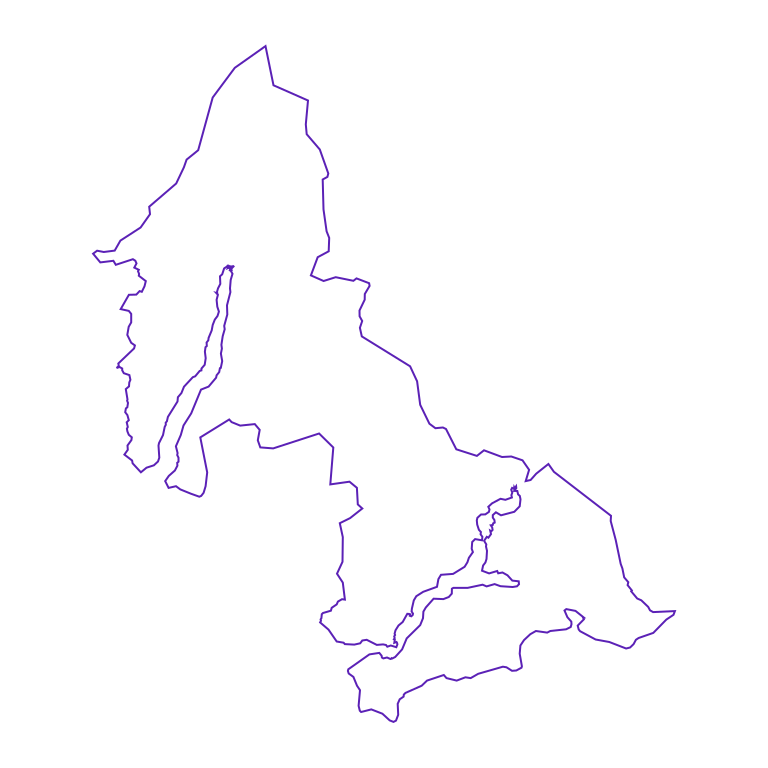 outline of Sogndal nor, Sogn og Fjordane, Norway
{"feature_id": "86288312B91120351294699", "entity_name": "Sogndal nor", "entity_type": "district", "adm_level": 2, "iso_a3": "NOR", "parent_name": "Norway", "parent_adm1": "Sogn og Fjordane", "projection": "mercator", "projection_center": [6.969, 61.338], "detail": "fine", "context": "isolated", "style": "outline", "palette": "violet", "viewbox_px": 768, "rotation_deg": 0, "n_neighbors": 0, "source": "geoboundaries", "source_scale": "gbopen_adm2", "svg_char_len": 6109}
<svg xmlns="http://www.w3.org/2000/svg" viewBox="0 0 768 768"><path d="M674.9,611.1L653.1,612.1L650.0,610.3L648.2,606.9L641.3,600.3L637.2,598.5L631.2,591.3L631.9,590.5L627.6,585.1L628.3,582.2L624.2,577.4L622.4,568.5L620.7,563.9L615.7,539.9L610.7,521.0L611.0,515.8L553.9,471.8L548.4,464.0L536.2,473.7L530.6,480.0L525.7,481.1L529.1,469.8L522.5,460.3L511.3,456.5L502.0,457.0L484.0,450.3L476.9,455.9L456.3,449.3L446.0,429.0L442.9,427.5L435.4,428.2L429.4,423.7L420.2,404.8L417.1,381.3L410.1,366.3L361.8,336.4L359.9,327.8L362.2,321.0L359.6,316.3L359.5,310.5L364.7,299.7L364.8,294.0L369.6,285.9L369.1,283.2L356.5,278.4L353.4,280.8L335.7,277.2L323.6,281.0L310.9,275.4L317.7,257.2L328.7,251.3L329.2,237.9L326.6,231.3L323.5,209.4L322.7,179.5L327.4,176.9L328.3,173.5L319.8,149.5L306.7,134.2L305.8,124.4L308.0,100.5L273.5,85.3L265.5,46.1L234.8,67.8L212.7,97.5L198.2,150.2L186.6,159.6L183.9,167.3L176.2,183.5L149.2,206.7L150.0,214.2L140.6,227.5L120.4,240.6L114.7,250.6L103.8,252.0L97.1,250.7L93.1,253.7L100.3,262.4L113.4,260.8L115.8,264.8L132.9,259.2L135.3,260.7L136.5,263.4L134.3,267.6L138.8,269.8L138.0,271.2L139.1,273.9L138.8,275.7L145.8,281.1L144.5,286.3L141.8,291.8L139.6,291.1L136.3,294.6L128.9,294.8L120.7,309.1L128.8,310.9L131.2,313.9L131.2,322.4L128.7,326.8L127.3,334.9L131.2,342.8L134.9,345.4L134.1,348.4L118.3,363.5L118.8,365.8L116.6,368.0L119.6,367.0L122.2,368.5L122.2,370.3L123.8,373.2L129.4,375.1L130.4,379.8L129.3,382.4L129.0,386.4L125.8,389.1L127.5,399.5L127.1,400.7L128.0,402.9L127.3,407.3L125.9,408.4L125.2,412.2L127.4,415.1L128.8,420.2L126.7,422.3L127.8,427.0L126.9,428.7L127.4,431.4L128.8,434.8L131.8,437.3L131.4,440.1L127.5,445.5L127.8,449.8L124.4,454.6L132.1,460.5L132.6,463.3L140.9,472.3L146.5,467.7L153.9,465.3L158.0,461.5L159.3,457.7L158.5,445.6L159.0,443.1L163.0,435.1L164.7,426.9L165.8,424.8L165.7,422.7L166.9,421.3L167.9,416.9L177.5,401.5L177.9,397.2L181.4,393.1L184.0,386.7L192.8,377.2L195.2,376.3L199.7,370.9L201.4,370.4L201.5,368.5L204.7,364.8L205.7,358.2L204.9,351.7L205.5,347.2L206.8,346.0L206.6,342.5L208.3,340.3L208.6,337.9L211.7,330.4L212.7,325.0L214.8,319.6L217.5,316.0L218.9,311.6L217.3,306.7L216.6,299.8L217.9,294.8L216.3,293.0L217.3,293.3L217.0,291.9L218.0,288.4L220.3,283.9L220.0,276.3L222.2,274.3L224.1,268.5L227.9,265.9L227.5,264.7L228.0,265.8L227.6,266.3L228.4,266.0L226.9,266.8L228.2,267.0L227.7,268.4L229.9,265.4L229.1,266.9L229.9,266.9L230.0,266.3L230.8,266.1L229.8,267.0L228.6,267.2L228.1,268.0L230.0,267.2L228.8,268.8L231.6,266.5L232.2,266.7L229.8,268.6L230.3,269.6L229.3,271.1L232.5,266.9L234.2,265.8L232.3,267.7L229.7,271.1L231.4,269.2L231.7,270.4L231.0,271.1L232.5,273.8L230.7,279.9L230.0,288.4L230.4,292.1L227.0,305.3L227.3,314.5L224.2,325.9L224.7,329.2L222.7,336.2L221.4,344.8L221.9,348.6L220.9,353.6L222.2,361.1L220.8,367.9L219.9,368.2L219.2,372.1L216.6,375.3L216.1,377.7L208.6,386.6L201.0,389.6L191.2,413.4L183.5,425.5L180.8,435.0L175.9,446.3L177.6,453.1L177.2,455.0L178.5,457.7L178.5,461.7L177.2,462.8L177.4,465.7L174.9,470.5L168.8,475.9L165.2,481.1L168.6,487.9L176.0,486.2L180.3,489.4L190.9,493.7L199.3,496.7L201.2,495.9L203.6,492.8L205.6,486.2L207.2,472.4L200.3,437.4L229.2,419.5L231.6,422.1L240.2,425.6L254.8,424.1L259.7,429.9L257.8,440.3L260.3,447.4L273.2,448.4L319.1,433.5L333.3,447.5L330.3,484.4L349.5,481.7L356.9,487.8L357.8,504.4L362.3,508.5L350.1,518.1L339.8,523.2L342.8,537.1L342.5,561.8L337.0,573.7L342.8,582.6L344.9,599.6L342.0,599.2L337.9,601.6L336.7,604.4L331.7,607.8L330.9,610.7L323.0,613.0L321.8,614.2L321.4,618.2L320.6,619.4L321.0,620.8L320.1,622.4L328.5,629.6L336.7,641.5L343.6,642.7L344.8,644.1L354.3,644.6L360.2,643.3L362.3,640.5L366.7,639.8L376.8,644.9L383.1,644.4L386.0,645.0L387.3,646.7L390.8,645.5L396.3,647.2L397.4,644.4L397.1,643.0L396.5,642.0L394.3,642.8L394.8,639.8L393.9,639.3L394.7,638.1L394.2,636.4L395.1,635.0L394.6,633.7L395.5,630.3L398.5,625.5L402.7,622.0L407.3,613.8L409.7,614.0L408.5,614.2L410.1,614.3L409.8,615.8L411.3,616.3L412.7,615.0L413.0,613.7L411.6,611.4L411.9,608.6L413.8,600.4L416.3,596.2L423.2,591.8L437.0,586.8L438.4,579.1L441.0,574.8L453.1,573.9L464.6,566.8L467.4,562.3L468.9,557.8L472.9,552.1L471.7,548.8L472.2,542.0L475.1,539.1L482.0,540.3L482.4,536.8L480.6,534.3L480.9,532.0L478.9,529.8L477.2,524.6L476.8,520.3L477.4,517.8L481.0,514.5L485.3,514.4L488.9,511.9L489.5,509.4L488.3,506.8L492.1,503.3L500.5,498.8L505.4,499.8L511.9,497.5L511.4,495.1L512.3,492.7L511.2,489.7L512.1,487.9L514.0,488.9L514.2,487.3L514.7,488.3L516.1,486.3L516.3,488.1L514.2,490.9L517.3,491.0L518.1,494.4L519.8,495.9L520.5,499.3L519.7,506.3L514.3,511.8L501.0,515.3L495.9,512.3L492.8,515.1L492.8,517.6L494.4,520.0L494.7,522.6L493.2,523.3L492.7,525.0L490.8,525.3L492.2,527.4L492.6,529.9L491.3,531.3L490.2,530.6L491.0,534.1L488.4,537.7L486.8,536.8L484.1,540.8L486.3,544.4L486.0,546.5L487.0,550.8L486.5,559.0L485.4,562.5L483.1,565.5L482.0,570.7L489.1,573.4L497.2,571.0L498.2,573.3L502.5,572.5L507.5,575.3L512.3,580.6L518.7,581.3L519.0,584.2L517.0,586.3L512.7,587.0L500.5,586.2L494.6,584.1L486.6,586.4L482.6,584.7L467.5,587.9L453.3,587.9L451.9,588.7L451.8,593.6L448.8,597.0L443.4,599.1L433.6,598.7L425.8,607.5L423.4,611.6L423.0,618.2L420.2,625.1L406.7,638.4L402.1,649.4L395.2,657.0L392.2,658.5L390.9,657.7L391.7,658.6L390.5,659.0L387.0,657.5L383.3,658.4L381.9,657.5L381.6,655.7L379.3,652.9L369.4,654.4L348.3,669.3L347.9,670.9L348.7,673.5L353.4,676.9L357.0,685.7L360.0,690.2L358.6,705.8L359.8,710.7L361.1,712.0L371.3,709.4L382.4,713.7L389.7,720.4L393.5,721.9L396.0,720.6L398.2,714.8L397.7,703.8L399.7,699.3L403.6,696.6L403.8,694.6L405.5,692.9L421.7,685.7L427.0,680.6L443.8,675.0L446.5,678.1L456.7,680.6L465.4,677.3L470.7,678.1L478.2,673.8L502.9,666.7L506.5,667.3L512.0,670.8L516.3,670.5L521.5,667.7L521.9,666.3L519.7,653.7L520.4,645.5L524.0,640.1L530.3,634.2L535.9,631.0L547.2,632.6L550.3,631.0L566.1,629.3L570.7,627.0L571.5,624.2L571.3,621.6L567.4,617.2L564.5,610.5L566.3,609.1L575.5,610.9L584.0,617.7L583.2,617.9L583.9,619.3L577.7,625.6L578.7,629.5L580.1,631.2L595.6,639.5L609.3,642.0L626.1,648.5L630.1,647.5L633.6,644.1L635.9,639.8L638.6,638.0L653.3,632.9L666.3,619.6L673.5,614.8L674.9,611.1Z" fill="none" stroke="#5b21b6" stroke-width="2"/></svg>